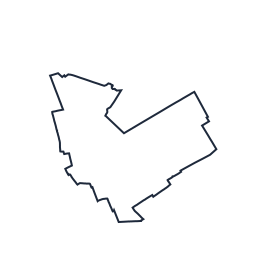 the district of Gugesti, Vrancea, Romania, rotated 328°
{"feature_id": "2599482B37813268107043", "entity_name": "Gugesti", "entity_type": "district", "adm_level": 2, "iso_a3": "ROU", "parent_name": "Romania", "parent_adm1": "Vrancea", "projection": "albers", "projection_center": [27.148, 45.569], "detail": "fine", "context": "isolated", "style": "outline", "palette": "slate", "viewbox_px": 256, "rotation_deg": 328, "n_neighbors": 0, "source": "geoboundaries", "source_scale": "gbopen_adm2", "svg_char_len": 4292}
<svg xmlns="http://www.w3.org/2000/svg" viewBox="0 0 256 256"><g transform="rotate(328 128 128)"><path d="M200.2,165.3L200.2,162.2L200.2,160.8L201.7,160.9L201.9,157.3L202.4,149.4L203.0,139.7L203.4,132.5L200.3,132.3L198.1,132.3L196.0,132.2L193.1,132.1L190.2,132.0L188.5,132.0L185.3,131.9L181.5,131.7L180.9,131.7L177.9,131.6L174.2,131.5L163.5,131.3L156.0,131.1L140.2,130.7L121.8,130.3L119.1,119.9L115.5,106.0L115.3,105.6L116.9,104.6L117.4,104.4L117.9,104.2L118.5,103.9L119.0,103.4L119.6,102.2L120.1,101.2L120.4,101.0L120.7,100.9L121.4,100.9L124.0,101.0L130.3,98.3L142.2,92.4L138.3,90.3L138.0,89.3L137.6,89.0L137.6,88.7L137.6,88.4L137.6,88.0L137.3,87.7L137.1,87.5L136.6,87.4L135.6,86.8L135.6,86.4L135.5,85.9L135.5,85.4L135.7,85.1L135.9,84.9L136.0,84.5L136.1,84.4L136.4,84.6L136.9,84.4L137.2,84.2L137.5,84.0L137.6,83.8L137.6,83.4L137.2,82.9L136.9,82.5L136.7,82.3L136.6,81.8L136.5,81.4L136.3,81.1L136.1,80.9L135.9,80.8L135.7,80.6L135.0,79.8L132.4,80.1L130.2,79.6L127.6,76.5L126.5,75.1L122.8,70.7L120.0,67.2L117.4,64.0L113.9,59.8L111.6,56.9L109.7,54.6L108.7,53.5L107.7,52.5L106.9,51.8L106.3,51.5L105.8,50.9L101.9,51.2L101.8,50.6L101.9,49.6L101.4,49.6L99.2,49.9L97.7,44.5L96.2,44.1L94.3,43.6L90.3,42.5L89.7,42.3L89.1,45.7L88.7,47.4L87.8,52.0L86.7,57.4L86.0,61.2L85.2,65.3L84.4,69.2L84.1,71.0L83.4,74.2L82.7,78.0L81.0,77.4L79.0,76.6L77.1,75.9L75.5,75.4L74.2,74.9L73.5,74.6L72.7,74.3L72.5,74.2L72.3,74.2L72.2,74.2L72.0,74.6L71.8,75.0L71.2,76.6L71.2,76.8L71.1,77.1L71.0,77.7L70.7,78.5L70.1,80.4L70.0,80.8L69.5,82.2L69.4,82.5L69.0,83.7L69.0,84.0L68.9,84.2L68.8,84.7L68.6,85.3L68.3,86.3L67.9,87.7L67.7,88.3L67.0,90.3L66.6,91.4L66.5,91.9L66.5,92.1L66.6,92.4L66.3,92.7L66.3,92.8L66.2,93.0L66.0,93.3L65.9,93.7L65.8,94.2L65.8,94.3L65.7,94.6L65.6,95.2L65.4,95.7L65.2,96.2L64.7,97.9L64.6,98.4L64.1,99.8L63.4,101.7L63.4,101.8L63.1,102.9L62.8,103.5L62.7,103.9L62.0,105.2L61.9,105.3L61.1,106.7L60.9,107.0L60.2,108.1L59.9,108.7L59.5,109.5L59.3,109.8L59.2,110.2L58.7,110.9L58.2,112.0L58.7,112.5L59.4,113.0L60.7,113.8L60.6,114.4L60.3,115.3L60.3,115.7L60.1,116.3L60.5,116.5L61.5,116.8L62.4,117.2L63.1,117.5L64.1,118.0L64.6,118.3L64.5,118.6L64.2,119.3L63.5,121.4L62.7,123.6L62.2,125.2L61.4,127.7L60.5,130.1L56.1,129.6L53.2,129.4L53.0,130.7L52.8,132.1L52.8,132.3L52.7,133.5L52.7,134.3L52.6,135.5L53.0,135.5L52.9,136.5L53.5,136.5L54.1,136.6L54.2,136.8L54.3,137.0L54.3,137.3L54.3,137.5L54.3,137.9L54.3,138.2L54.3,138.8L54.3,139.3L54.2,139.6L54.2,139.9L54.3,140.3L54.3,141.5L54.4,142.3L54.5,143.1L54.5,143.3L54.5,143.6L54.6,144.2L54.6,144.5L54.7,145.2L54.8,145.6L54.8,146.3L54.9,147.0L54.9,147.7L55.0,148.6L55.2,148.8L55.2,149.2L55.5,149.2L56.9,149.2L57.0,149.2L57.5,149.2L57.7,149.3L58.1,149.3L60.3,150.9L60.9,151.4L62.8,152.7L63.2,153.1L64.6,153.9L66.0,154.9L66.1,155.1L66.1,155.5L66.0,156.2L65.5,158.7L65.5,159.2L66.5,159.3L65.4,164.4L63.5,174.0L64.3,173.9L65.1,174.0L66.1,174.2L66.9,174.4L68.0,174.6L69.0,174.9L70.0,175.3L70.5,175.6L71.3,175.9L73.0,176.8L73.1,177.1L73.0,177.4L72.8,178.1L72.8,178.5L72.7,178.9L72.6,179.5L72.4,180.3L72.3,180.9L72.3,181.5L72.2,182.0L72.0,183.2L71.7,184.5L71.5,186.5L70.9,190.1L70.9,190.7L71.3,190.8L72.2,190.6L72.6,190.3L71.2,197.9L70.3,202.8L74.8,205.3L79.0,207.6L79.4,207.9L80.4,208.4L81.4,209.0L83.9,210.4L85.3,211.2L86.6,212.0L89.7,213.7L89.8,213.4L90.9,213.4L92.7,213.4L92.4,212.5L92.2,211.8L91.9,210.5L91.8,210.1L91.8,209.8L91.5,208.6L90.9,205.9L90.5,204.5L90.1,203.1L89.8,202.0L89.8,201.5L89.7,200.5L89.7,199.7L89.7,198.8L89.7,198.0L90.6,197.9L92.6,197.8L95.4,197.9L96.2,197.8L99.6,197.7L102.5,197.6L103.2,197.6L104.3,197.7L105.9,197.6L108.0,197.6L109.5,197.6L113.1,197.7L113.0,199.7L114.3,199.6L115.5,199.6L117.3,199.5L118.4,199.4L120.0,199.3L122.2,199.2L124.1,199.1L125.5,199.1L126.3,199.1L127.3,199.0L128.5,199.0L130.9,198.8L131.7,198.6L133.2,198.4L134.0,198.3L134.0,197.5L134.0,195.9L134.0,195.4L133.9,194.9L133.9,194.5L133.9,193.5L133.9,193.3L134.0,193.1L134.8,193.1L136.0,193.1L137.2,193.2L138.5,193.2L139.1,193.2L139.5,193.1L139.9,192.7L140.1,192.6L140.5,192.8L140.7,193.1L140.9,193.1L141.7,193.2L143.3,193.3L144.4,193.3L145.2,193.4L147.5,193.4L148.8,193.3L149.8,193.3L149.9,192.0L150.2,192.0L159.3,192.5L166.3,192.9L174.8,193.6L183.4,194.2L191.7,192.8L191.9,184.6L191.9,181.0L192.0,176.8L192.1,165.2L200.2,165.3Z" fill="none" stroke="#1e293b" stroke-width="2"/></g></svg>